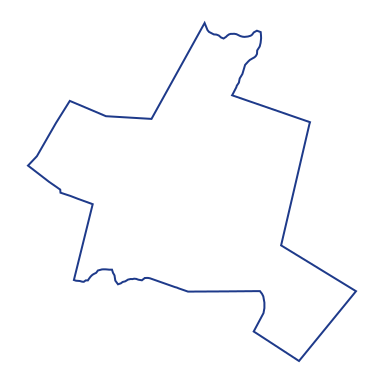 the district of Jerumenha, Piauí, Brazil
{"feature_id": "56859067B83359970281182", "entity_name": "Jerumenha", "entity_type": "district", "adm_level": 2, "iso_a3": "BRA", "parent_name": "Brazil", "parent_adm1": "Piauí", "projection": "albers", "projection_center": [-43.534, -7.112], "detail": "fine", "context": "isolated", "style": "outline", "palette": "blue", "viewbox_px": 384, "rotation_deg": 0, "n_neighbors": 0, "source": "geoboundaries", "source_scale": "gbopen_adm2", "svg_char_len": 1369}
<svg xmlns="http://www.w3.org/2000/svg" viewBox="0 0 384 384"><path d="M223.6,38.5L221.1,37.5L218.8,35.5L216.5,34.6L213.8,34.4L209.0,31.9L207.5,30.1L204.6,23.0L151.5,118.9L105.9,116.2L104.3,115.5L69.8,100.9L55.9,123.1L50.1,133.2L36.9,156.2L28.0,165.6L49.0,181.8L60.2,189.6L60.5,192.7L70.3,195.9L78.1,198.9L92.7,204.2L73.9,280.0L76.0,280.7L79.8,281.0L82.2,281.7L83.8,281.8L85.7,280.4L87.9,280.4L89.0,278.7L90.6,276.6L92.0,275.2L93.4,274.2L96.2,272.8L97.9,270.5L102.0,269.4L104.2,269.3L106.5,269.4L109.5,269.7L112.0,269.7L113.0,272.8L114.5,275.4L115.3,280.6L118.0,284.3L120.9,283.3L122.6,282.0L125.3,281.3L128.0,279.6L130.7,279.0L132.5,279.1L134.1,278.7L136.2,278.9L138.4,279.7L141.9,280.3L144.8,278.0L147.9,277.9L150.0,278.3L175.0,287.1L176.9,287.6L178.5,288.3L188.0,291.6L225.3,291.4L259.9,291.1L262.0,293.8L263.3,296.4L264.4,302.6L264.4,308.1L263.5,313.1L253.7,331.5L255.9,332.9L299.0,361.0L356.0,291.2L281.1,245.4L309.4,124.2L310.0,122.2L232.1,95.3L233.2,93.3L236.3,87.3L236.8,85.7L238.9,82.6L239.7,78.5L242.4,74.0L245.1,64.9L248.3,61.4L249.9,59.9L254.6,57.2L256.0,55.8L257.0,53.9L257.2,50.4L259.7,46.5L260.6,42.9L261.1,38.2L261.0,35.6L260.7,32.1L256.9,30.7L253.8,32.4L252.1,34.7L250.7,35.7L248.0,36.5L244.5,36.9L242.6,36.7L240.4,36.1L236.5,34.2L234.4,33.8L230.6,33.9L229.0,34.4L227.3,35.6L226.1,36.8L223.6,38.5Z" fill="none" stroke="#1e3a8a" stroke-width="2"/></svg>